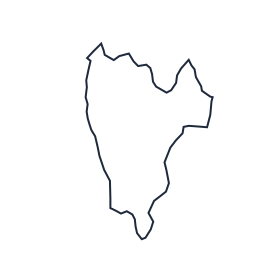 Tranemo, Västra Götaland, Sweden, rotated 120°
{"feature_id": "70781695B94862964500573", "entity_name": "Tranemo", "entity_type": "district", "adm_level": 2, "iso_a3": "SWE", "parent_name": "Sweden", "parent_adm1": "Västra Götaland", "projection": "equal_earth", "projection_center": [13.442, 57.51], "detail": "fine", "context": "isolated", "style": "outline", "palette": "slate", "viewbox_px": 256, "rotation_deg": 120, "n_neighbors": 0, "source": "geoboundaries", "source_scale": "gbopen_adm2", "svg_char_len": 1006}
<svg xmlns="http://www.w3.org/2000/svg" viewBox="0 0 256 256"><g transform="rotate(120 128 128)"><path d="M206.0,101.6L205.7,96.7L205.6,91.3L200.7,87.4L200.7,81.0L203.6,76.5L209.6,72.1L214.5,67.6L217.4,60.5L214.3,58.0L204.4,57.6L196.5,59.3L191.3,67.8L178.1,69.0L171.1,66.1L164.1,63.3L155.3,65.0L150.1,69.5L144.8,74.1L139.5,79.2L123.8,81.5L115.0,80.4L105.3,78.1L99.2,80.4L95.7,76.4L91.3,67.3L87.9,60.1L87.8,59.9L75.5,63.3L63.2,69.0L59.0,70.1L59.7,72.4L58.8,82.6L55.3,85.5L50.0,94.6L43.9,99.7L42.1,104.3L38.6,109.5L50.0,111.8L57.9,111.8L64.9,108.9L73.7,109.5L78.1,112.3L78.1,124.3L75.4,129.5L69.3,134.1L64.9,138.7L64.0,143.8L69.3,150.2L67.5,156.5L63.1,164.5L70.1,171.5L76.3,174.3L76.3,184.7L72.7,188.2L68.3,193.4L78.9,196.3L87.9,198.4L88.6,194.0L96.8,191.5L107.6,188.0L113.3,184.0L122.5,180.1L127.5,174.9L134.5,172.0L139.9,167.6L144.0,163.3L148.1,158.7L151.6,152.3L159.8,144.6L166.4,138.8L176.2,127.7L182.8,117.2L197.7,108.1L206.2,103.2L206.0,101.6Z" fill="none" stroke="#1e293b" stroke-width="2"/></g></svg>